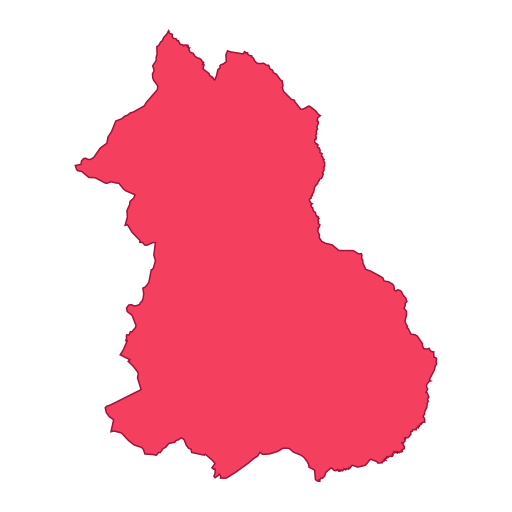 the district of Nueva Granada, Magdalena, Colombia
{"feature_id": "7082276B5814206039603", "entity_name": "Nueva Granada", "entity_type": "district", "adm_level": 2, "iso_a3": "COL", "parent_name": "Colombia", "parent_adm1": "Magdalena", "projection": "orthographic", "projection_center": [-74.297, 9.76], "detail": "fine", "context": "isolated", "style": "filled", "palette": "rose", "viewbox_px": 512, "rotation_deg": 0, "n_neighbors": 0, "source": "geoboundaries", "source_scale": "gbopen_adm2", "svg_char_len": 6021}
<svg xmlns="http://www.w3.org/2000/svg" viewBox="0 0 512 512"><path d="M320.3,115.7L317.9,113.9L315.7,110.9L309.8,106.3L308.8,106.0L303.3,109.0L300.8,109.3L295.1,102.1L294.2,100.1L291.4,99.4L283.5,91.4L282.4,87.7L283.0,85.6L282.1,80.7L280.6,80.1L276.3,74.1L273.3,72.7L272.6,70.2L269.9,68.8L268.7,65.3L266.4,65.2L263.7,63.2L260.0,63.6L256.8,63.1L254.5,60.6L253.5,58.3L251.9,56.9L251.7,55.8L249.4,55.5L247.8,54.2L247.6,52.8L245.9,53.2L246.2,52.6L244.5,51.6L243.2,53.9L230.7,51.9L227.5,50.8L225.9,54.8L226.3,61.6L223.4,63.9L220.6,64.9L219.9,65.9L220.2,67.9L217.9,69.5L216.5,75.7L215.0,79.6L214.3,79.9L213.0,77.8L211.9,77.6L212.0,76.8L209.7,75.6L209.1,73.6L203.2,69.0L203.1,67.7L204.0,65.4L203.9,64.5L202.6,64.4L203.7,62.6L203.3,62.1L202.2,61.8L201.6,60.1L199.6,58.4L197.9,58.2L195.1,56.4L193.1,53.3L190.0,52.1L188.9,49.5L189.5,48.0L188.8,48.2L187.9,47.2L188.4,46.7L187.8,45.3L187.0,46.0L186.8,45.1L184.5,45.1L183.7,45.9L182.7,44.7L180.0,44.4L179.5,42.5L178.6,41.9L178.5,40.7L176.9,40.5L176.3,38.9L173.1,38.2L172.2,36.5L172.4,34.4L170.0,33.5L168.7,32.3L169.1,31.7L168.6,30.7L166.8,34.1L163.6,37.6L162.4,40.6L160.8,41.8L158.7,45.4L156.8,46.7L157.1,54.2L156.3,56.5L156.1,60.7L152.7,65.7L154.0,70.0L153.8,71.6L152.5,73.6L152.7,77.7L153.6,80.2L157.8,85.9L157.3,89.8L146.2,102.5L144.4,105.8L133.2,112.1L130.2,112.9L127.5,115.2L124.6,116.2L121.8,118.7L115.8,121.0L111.5,131.7L108.0,137.0L106.9,143.2L100.3,148.0L93.7,157.5L90.5,159.4L87.9,159.4L85.5,158.2L83.6,158.6L81.5,160.9L80.9,164.4L75.3,165.5L76.6,169.5L77.7,170.7L81.8,171.5L88.9,177.5L95.1,177.7L105.6,183.2L107.2,183.2L111.4,181.7L115.9,183.0L118.9,183.2L123.1,188.6L125.6,190.7L135.0,194.8L133.7,198.1L129.9,201.6L129.7,204.4L126.9,210.8L127.4,217.0L125.1,225.4L127.5,224.7L131.9,232.1L140.1,240.6L139.8,242.3L142.5,242.5L144.8,245.1L147.0,245.2L152.8,242.6L155.4,242.6L153.8,255.1L155.4,260.4L155.0,262.4L153.3,268.2L152.1,269.7L151.3,269.7L148.8,282.5L145.6,286.8L142.9,288.1L143.7,293.9L143.1,298.5L141.6,302.0L140.5,302.3L139.7,304.4L137.3,305.4L134.6,306.0L131.1,304.6L128.6,305.1L126.6,307.9L127.2,311.5L132.1,315.4L136.0,325.4L135.6,327.3L131.8,331.9L130.4,331.7L129.0,335.0L126.8,334.8L126.3,336.1L126.7,338.0L125.7,340.6L127.2,340.7L123.4,349.8L120.2,354.8L130.0,359.8L128.2,361.3L133.3,366.3L137.5,371.8L138.3,373.6L137.5,377.8L141.1,389.6L110.6,404.9L106.5,406.3L105.2,407.8L106.4,412.7L109.4,416.8L113.6,419.7L111.0,431.7L113.9,431.0L121.4,432.9L128.8,440.8L134.1,444.9L141.7,447.5L143.4,449.5L144.9,454.0L153.5,454.6L156.2,455.3L158.6,452.5L160.2,452.6L162.9,448.8L166.1,446.9L168.8,443.4L174.8,442.3L176.2,440.4L178.4,439.8L181.4,437.8L184.2,439.8L186.3,445.3L188.6,448.3L191.0,449.2L191.6,452.4L202.8,454.9L204.5,455.1L205.4,454.3L212.2,460.1L215.0,463.5L211.9,467.8L213.6,469.2L215.1,468.9L215.2,472.8L213.9,476.2L215.1,477.7L218.5,475.3L219.1,474.1L220.5,475.6L220.6,478.1L226.3,478.1L235.6,472.3L248.6,462.9L254.0,458.3L257.5,456.2L259.8,452.5L262.9,454.4L269.8,453.9L277.8,451.4L282.6,448.4L285.4,448.1L289.5,448.6L293.2,452.0L301.3,455.3L304.2,457.6L307.1,461.5L308.7,464.7L309.0,467.2L314.6,470.1L315.4,479.4L316.9,480.8L319.1,481.3L320.5,481.1L319.3,480.8L319.1,479.8L319.7,479.9L321.0,478.0L322.5,478.2L324.8,475.9L325.8,472.4L330.8,468.1L332.0,468.3L334.1,470.5L335.9,470.7L337.6,469.4L338.6,471.2L339.3,471.1L339.7,470.0L340.4,470.0L340.5,470.8L341.3,470.1L341.8,470.8L342.8,470.7L343.9,468.8L344.5,469.4L345.1,468.9L345.8,469.8L346.7,468.9L348.6,469.2L349.0,467.6L349.8,468.2L352.2,465.2L357.8,467.1L365.4,465.3L370.0,459.7L371.1,459.4L376.9,461.6L377.9,463.1L382.4,462.7L382.4,461.6L384.3,460.8L384.2,459.8L385.7,460.2L384.8,458.9L386.7,458.4L386.2,457.3L387.1,456.5L388.2,457.4L389.3,456.3L392.3,456.4L393.1,454.8L392.2,454.4L393.4,452.7L394.5,452.9L394.3,451.6L396.6,452.7L396.9,451.5L397.7,451.6L397.8,452.7L398.4,452.1L399.3,452.7L400.8,451.3L401.3,451.9L402.3,451.6L402.1,449.7L404.3,448.6L404.4,446.6L402.1,442.9L403.5,442.9L403.3,442.4L405.0,441.1L404.9,439.6L405.5,439.0L404.4,438.5L404.9,437.7L408.2,437.6L410.8,434.4L410.9,431.4L412.1,431.4L413.0,429.7L416.3,429.7L416.1,428.7L417.8,427.2L418.3,427.6L418.3,426.0L419.4,426.3L420.2,424.2L421.0,424.4L421.0,423.6L421.8,423.5L422.6,422.3L424.8,422.1L424.5,418.6L423.1,416.4L424.7,413.8L424.6,411.9L426.8,407.4L427.3,402.7L428.3,401.3L427.4,399.2L428.9,397.1L427.0,392.7L426.0,392.4L427.7,389.1L426.5,386.8L426.6,384.8L429.1,381.4L430.7,380.9L429.8,380.5L429.5,379.4L434.4,369.9L435.2,366.1L436.7,364.0L436.1,361.3L436.6,359.0L436.0,357.9L433.9,357.1L433.7,351.8L431.9,351.7L430.2,350.6L429.1,348.3L427.3,349.1L423.8,348.7L422.5,345.8L422.5,343.7L417.2,336.0L415.2,334.8L410.9,334.1L408.2,328.5L407.0,327.8L407.4,326.2L405.9,323.8L405.0,320.9L406.6,314.7L406.5,311.2L404.0,308.5L405.3,305.3L405.0,303.4L406.9,301.6L405.8,298.1L403.1,295.1L401.5,291.8L399.8,290.3L397.6,289.8L396.2,291.0L394.4,290.2L393.8,285.6L392.3,284.0L388.7,281.8L384.1,281.0L382.8,277.9L380.4,276.4L370.3,270.9L365.8,269.5L362.9,263.1L362.8,260.6L361.6,257.9L361.9,255.0L361.3,253.6L358.7,254.0L353.3,250.6L338.8,250.5L332.1,244.8L325.5,243.3L321.8,241.4L319.2,237.7L319.5,234.9L317.7,231.0L318.4,228.8L318.0,227.9L319.3,226.9L319.9,224.8L318.3,223.6L318.7,221.8L317.9,220.3L319.0,218.5L318.2,218.0L318.4,216.9L316.9,216.7L316.8,215.8L316.0,215.6L315.4,212.3L314.2,211.9L312.8,209.4L312.9,208.1L311.3,206.7L311.0,204.8L312.3,203.7L310.8,203.0L309.4,200.4L309.6,198.9L311.0,198.4L311.3,196.2L312.4,195.6L312.1,194.2L313.6,192.4L314.6,187.0L316.0,185.5L316.1,184.6L317.6,183.8L317.9,182.0L319.3,180.5L319.4,179.3L321.4,178.3L322.3,176.9L323.3,174.0L322.5,172.6L324.0,170.5L324.0,166.6L324.6,166.3L324.7,163.0L323.4,160.1L324.1,159.4L323.0,158.7L322.8,157.1L321.5,156.2L322.1,153.6L320.0,152.7L320.0,149.6L319.0,148.6L319.3,148.0L318.1,147.7L317.3,146.5L318.1,145.0L316.8,143.7L316.2,144.1L314.6,142.0L314.8,139.4L315.9,139.5L316.3,137.2L315.5,135.4L316.5,134.3L316.3,131.0L317.6,129.0L316.9,127.0L318.3,123.2L318.3,121.4L317.1,120.9L317.8,117.6L320.3,115.7Z" fill="#f43f5e" stroke="#9f1239" stroke-width="1.5"/></svg>